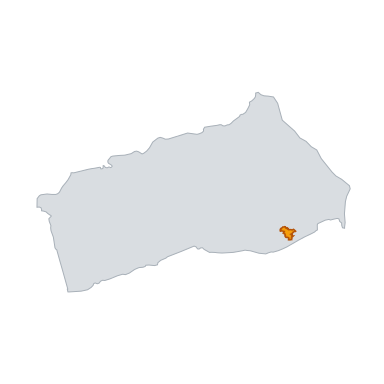 Bodi, Western, Ghana (highlighted), rotated 255°
{"feature_id": "2480657B1960270363323", "entity_name": "Bodi", "entity_type": "district", "adm_level": 2, "iso_a3": "GHA", "parent_name": "Ghana", "parent_adm1": "Western", "projection": "equal_earth", "projection_center": [-2.872, 6.24], "detail": "fine", "context": "in_parent", "style": "filled", "palette": "amber", "viewbox_px": 384, "rotation_deg": 255, "n_neighbors": 0, "source": "geoboundaries", "source_scale": "gbopen_adm2", "svg_char_len": 5407}
<svg xmlns="http://www.w3.org/2000/svg" viewBox="0 0 384 384"><g transform="rotate(255 192 192)"><path d="M225.7,40.7L227.9,43.6L228.4,45.3L227.6,51.5L226.0,55.8L224.9,59.9L225.1,61.9L226.1,63.9L229.6,67.1L231.4,69.2L233.5,72.3L235.9,75.4L240.0,79.4L241.8,80.1L241.7,81.2L241.1,82.8L240.8,97.7L240.5,101.5L240.2,103.5L239.8,109.1L239.4,109.9L238.6,109.8L237.9,110.0L237.7,111.1L238.0,112.2L240.5,113.1L240.0,113.9L238.1,114.7L237.3,116.3L237.7,118.3L236.6,119.8L236.9,120.8L237.6,121.6L238.6,121.3L241.5,118.7L242.8,118.5L244.3,119.0L247.1,122.9L247.2,124.8L246.1,131.4L245.0,136.5L244.8,143.2L246.0,147.0L245.8,149.1L244.6,150.9L241.7,153.6L241.9,155.3L243.2,158.7L245.7,162.4L250.4,167.0L252.9,173.0L253.0,175.4L251.6,177.8L249.9,179.9L249.3,183.0L250.1,203.0L246.4,211.8L246.4,214.2L246.8,217.1L247.8,218.9L249.7,219.3L251.3,221.0L250.7,227.1L249.9,233.4L249.8,236.4L249.3,237.8L247.9,239.0L247.3,241.0L247.7,243.4L247.4,245.2L248.2,247.5L249.9,250.4L252.7,257.6L253.8,258.2L254.2,259.7L253.9,261.2L255.0,264.4L258.1,267.5L261.3,270.3L263.9,270.7L264.5,273.2L266.2,276.4L267.5,277.8L269.4,278.7L271.1,279.1L271.1,281.8L268.2,283.7L266.3,286.4L264.8,290.6L262.7,295.3L255.5,297.7L252.8,297.7L238.0,297.8L224.3,306.9L216.3,310.2L211.4,315.3L204.9,318.9L200.3,323.4L190.8,325.5L175.1,332.4L170.2,335.2L165.3,340.0L157.3,345.7L154.1,345.6L147.8,340.3L143.0,337.7L131.5,333.6L122.8,332.0L118.6,330.3L117.5,330.0L118.5,328.1L120.9,328.0L123.4,328.5L125.3,327.1L128.1,326.9L128.9,325.4L129.1,321.6L129.1,318.5L130.1,317.1L130.3,313.4L128.9,305.4L127.9,304.5L122.9,303.3L122.5,301.7L121.6,300.0L120.7,295.9L119.6,289.7L117.8,282.0L114.4,269.4L113.6,264.9L113.0,260.4L112.9,254.9L113.6,252.9L113.5,250.1L113.1,247.3L115.5,240.9L120.2,233.0L121.2,230.2L122.1,228.2L122.2,225.4L123.0,216.2L125.3,205.1L126.7,200.9L127.6,198.7L128.8,195.0L129.1,193.3L133.4,188.9L135.4,187.7L135.8,186.0L135.1,184.2L135.4,182.9L136.4,182.3L138.0,181.7L139.2,180.0L137.4,166.3L135.9,152.7L135.8,151.6L134.9,149.7L134.1,144.1L132.6,140.8L130.6,139.8L130.6,136.8L132.6,131.5L133.2,128.5L132.2,127.5L132.0,125.2L132.7,121.3L132.4,118.9L132.0,116.4L129.9,110.5L129.4,106.3L130.5,103.8L130.4,98.4L129.3,90.1L129.1,84.9L129.9,82.7L129.5,80.6L128.0,78.6L127.9,76.7L129.2,74.9L129.0,73.4L127.4,72.3L125.9,69.8L124.6,65.8L124.9,59.3L127.3,47.3L127.6,46.3L130.4,46.4L130.4,46.9L139.0,46.8L148.9,46.7L160.6,46.5L171.3,46.4L171.8,45.8L173.5,45.2L184.3,46.4L191.1,45.8L194.0,46.2L196.0,47.0L200.7,46.5L203.2,46.8L205.1,49.8L205.8,49.7L206.9,48.5L208.8,47.0L210.6,45.9L212.0,43.6L212.8,41.8L214.0,42.2L215.8,42.1L217.0,40.6L217.4,38.3L225.7,40.7Z" fill="#d9dde1" stroke="#a8b0b8" stroke-width="1"/><path d="M123.4,278.2L123.5,278.1L123.6,277.9L123.6,278.0L123.8,277.9L124.0,277.7L124.3,277.5L124.4,277.3L124.5,277.4L124.6,277.2L124.7,277.3L124.7,277.2L124.7,277.3L124.8,277.4L124.8,277.5L124.8,277.4L124.9,277.2L124.9,277.3L125.0,277.3L125.0,277.2L125.2,276.9L125.3,276.9L125.3,277.0L125.4,276.8L125.5,276.7L125.5,276.8L125.5,277.0L125.8,277.1L125.8,277.3L125.9,277.5L126.0,277.7L126.0,277.8L125.9,277.9L126.0,278.0L126.2,278.3L126.3,278.3L126.4,278.5L126.5,278.6L126.6,278.8L126.7,279.1L126.8,279.1L127.0,279.2L127.1,279.3L127.1,279.5L127.1,279.8L127.2,280.0L127.3,280.3L127.3,280.6L127.3,280.8L127.2,281.0L127.2,281.4L127.1,281.6L127.2,281.8L127.3,282.0L128.9,281.0L129.7,280.4L129.4,278.9L130.1,277.8L130.4,276.2L130.6,275.8L130.6,275.4L131.0,275.1L131.4,275.0L131.5,275.1L131.5,274.8L131.7,274.7L131.8,274.6L131.8,274.8L132.0,274.7L132.1,274.9L132.3,274.7L132.5,274.7L132.6,274.9L132.8,274.8L133.0,274.5L133.1,274.2L133.0,273.9L132.7,273.5L133.2,273.1L133.3,273.1L133.5,273.0L133.9,273.0L134.3,273.1L134.6,272.5L134.5,271.5L134.6,271.1L134.8,271.2L135.0,271.1L134.9,271.1L134.8,270.9L134.8,270.7L134.7,270.6L134.3,270.1L134.2,270.0L134.1,269.6L134.1,269.4L133.9,269.1L133.7,269.0L133.7,268.9L133.8,268.8L133.8,268.7L133.7,268.7L133.8,268.5L133.7,268.3L133.6,268.2L133.3,268.2L133.2,268.0L133.2,267.9L133.2,267.7L132.9,267.5L132.7,267.6L132.6,267.8L132.5,267.7L132.3,267.6L132.2,267.7L132.2,267.8L132.0,267.7L131.9,267.6L131.8,267.3L131.7,267.1L131.3,267.2L131.2,267.4L131.2,267.9L131.5,268.1L130.0,270.9L129.2,269.9L129.0,270.0L128.9,269.9L128.9,270.0L128.6,269.9L128.4,269.9L128.2,270.1L127.9,270.2L128.1,270.6L127.8,270.8L127.7,270.8L127.4,270.9L127.2,270.8L126.9,271.0L126.6,270.9L126.3,270.8L126.2,270.7L126.1,270.8L125.9,271.0L125.7,270.9L125.4,270.8L125.4,270.7L125.2,270.7L124.9,270.5L124.7,270.7L124.4,270.7L124.3,270.8L124.2,270.8L124.0,271.0L123.9,271.0L123.8,271.3L123.7,271.4L123.7,271.6L123.8,271.7L123.8,271.9L123.8,272.0L123.7,272.1L123.4,272.2L123.4,272.3L123.4,272.5L123.3,272.8L123.2,272.8L122.9,273.0L123.0,273.1L122.9,273.3L122.6,273.3L122.4,273.4L122.3,273.5L122.0,273.4L122.0,273.5L121.8,273.4L121.3,273.1L121.1,272.9L120.9,272.8L120.8,273.0L120.7,273.1L120.7,273.3L120.6,273.6L120.5,273.8L120.5,274.1L120.6,274.4L120.6,274.6L120.5,274.8L120.4,274.9L120.5,275.0L120.4,275.2L120.5,275.3L120.4,275.4L120.5,275.5L120.5,275.8L120.4,276.0L120.5,276.0L120.8,275.9L121.2,276.3L121.4,276.4L121.5,276.5L121.7,276.8L121.8,276.8L121.7,276.7L121.8,276.7L122.0,276.5L122.0,276.4L122.1,276.2L122.1,276.3L122.3,276.3L122.4,276.5L122.5,276.5L122.8,276.6L122.8,276.8L123.0,276.9L123.0,277.2L123.1,277.5L123.1,277.8L123.0,278.0L123.2,278.3L123.2,278.2L123.3,278.2L123.4,278.2Z" fill="#f59e0b" stroke="#b45309" stroke-width="1.5"/></g></svg>